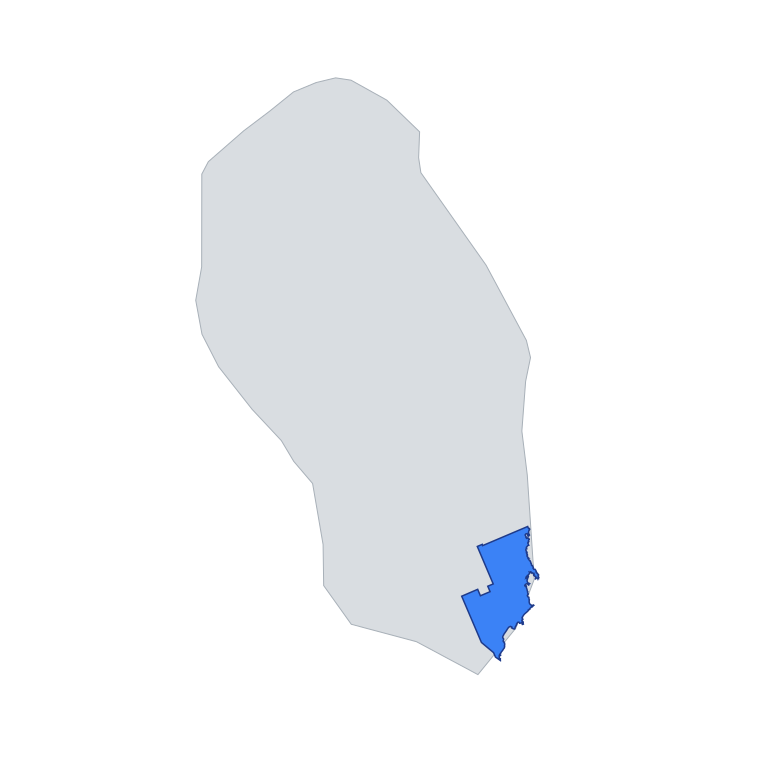 78, Madinat ach Shamal, Qatar shown in context, rotated 157°
{"feature_id": "91078587B72332727540612", "entity_name": "78", "entity_type": "district", "adm_level": 2, "iso_a3": "QAT", "parent_name": "Qatar", "parent_adm1": "Madinat ach Shamal", "projection": "albers", "projection_center": [51.051, 25.993], "detail": "fine", "context": "in_parent", "style": "filled", "palette": "blue", "viewbox_px": 768, "rotation_deg": 157, "n_neighbors": 0, "source": "geoboundaries", "source_scale": "gbopen_adm2", "svg_char_len": 6136}
<svg xmlns="http://www.w3.org/2000/svg" viewBox="0 0 768 768"><g transform="rotate(157 384 384)"><path d="M414.1,671.9L382.7,679.8L353.2,688.2L328.6,688.0L308.9,684.7L295.7,676.6L270.5,644.2L252.7,602.2L263.7,578.8L267.5,564.1L243.6,453.5L235.9,368.5L238.8,351.1L252.6,331.1L275.5,286.8L287.7,244.2L322.0,145.6L358.1,107.7L411.1,79.8L454.8,134.1L508.0,175.6L518.3,222.0L502.8,260.0L488.6,320.3L497.3,348.0L500.6,372.0L515.3,412.2L529.5,464.5L532.1,500.9L524.6,534.6L506.1,563.0L469.7,648.4L458.8,657.3L414.1,671.9Z" fill="#d9dde1" stroke="#a8b0b8" stroke-width="1"/><path d="M395.4,158.3L395.3,108.0L388.1,93.9L388.1,89.1L384.9,84.0L384.7,84.4L384.7,84.9L384.5,85.3L384.2,85.7L384.3,85.9L384.9,86.4L385.0,86.6L384.2,88.7L383.4,89.1L383.0,88.6L382.8,88.7L383.5,89.5L383.2,89.7L383.2,89.8L382.1,90.5L382.0,90.4L381.9,90.6L381.5,90.8L380.7,91.5L378.9,92.4L377.7,93.3L376.3,94.1L376.0,94.5L375.9,94.9L375.7,95.0L375.3,95.6L375.3,96.2L374.7,96.9L374.4,98.0L374.2,98.3L374.5,98.9L374.4,99.2L374.3,99.7L374.8,100.2L374.8,100.4L374.7,100.9L374.3,101.4L373.8,102.0L373.5,102.6L373.6,102.9L373.6,103.4L373.9,104.0L373.6,104.7L373.1,105.4L372.1,106.1L371.7,106.6L367.1,109.5L366.8,109.8L365.1,110.9L364.0,111.4L363.3,111.5L362.4,111.5L361.8,111.0L361.6,110.7L361.8,110.7L361.7,110.5L361.5,109.7L361.8,109.8L361.9,109.7L361.7,109.4L361.0,108.7L360.8,108.2L359.8,107.5L359.1,107.6L358.7,108.3L358.4,108.6L358.0,109.2L357.7,109.3L357.3,109.7L357.0,109.8L356.6,110.2L356.3,110.3L356.1,110.7L355.9,111.0L355.6,111.1L355.6,111.3L355.4,111.3L354.8,111.9L354.0,112.4L353.8,112.4L352.8,112.0L352.7,110.8L352.1,110.6L350.7,110.4L349.9,110.9L349.9,110.3L350.0,109.8L350.2,109.4L350.6,109.1L350.6,108.6L350.0,108.5L349.6,108.5L349.6,109.3L349.4,109.7L349.2,109.7L349.1,110.2L348.9,110.4L349.0,111.3L349.3,111.6L349.3,111.9L349.5,111.9L349.6,112.3L349.4,112.5L349.2,112.5L349.1,112.8L348.3,113.1L348.5,113.4L348.1,113.8L348.1,114.1L348.3,114.3L348.3,114.6L348.0,114.9L348.0,115.1L347.8,115.1L347.6,115.5L347.4,115.6L345.3,117.0L344.4,117.4L340.7,118.6L339.2,119.3L339.2,119.5L339.0,119.4L338.5,119.7L338.0,119.7L338.1,120.0L336.4,120.8L335.9,120.8L335.7,121.2L335.0,121.5L334.7,121.5L334.6,121.4L334.5,121.0L333.5,121.4L333.4,121.6L333.0,121.9L332.8,121.8L332.6,121.8L332.7,122.1L333.0,122.0L333.4,122.1L334.9,122.8L335.0,123.3L335.5,123.9L335.7,124.5L335.7,125.1L335.8,125.4L335.5,126.7L335.0,127.9L334.5,128.6L334.6,129.5L334.3,130.0L334.2,130.5L334.0,130.8L334.0,131.1L334.5,131.4L334.6,131.7L334.6,132.1L334.8,132.3L334.8,133.1L334.1,133.9L334.0,134.0L333.9,133.9L333.5,134.1L333.2,133.6L333.4,134.2L333.2,134.3L333.4,135.0L333.3,135.4L333.4,135.6L333.2,136.2L332.9,136.5L333.0,136.6L332.9,136.9L333.0,137.6L332.7,138.5L332.6,139.3L332.6,139.9L332.4,140.4L332.6,140.9L332.5,141.4L332.1,141.8L332.0,142.1L332.0,142.4L332.0,142.7L332.2,142.8L332.9,142.7L333.1,142.8L333.1,143.0L333.2,143.5L332.8,143.9L331.9,144.3L330.5,144.4L329.9,143.8L329.8,143.1L329.5,142.5L329.4,142.4L329.3,142.5L329.5,142.7L329.2,143.4L328.5,143.6L328.4,143.3L328.1,143.3L328.5,143.8L328.5,144.1L329.0,144.2L329.3,145.0L329.3,145.8L329.2,147.0L329.0,147.3L327.9,148.7L327.4,149.2L327.0,148.8L327.4,149.2L327.0,149.7L326.4,150.2L326.2,150.6L326.2,150.8L327.6,150.2L327.7,149.8L327.8,149.9L327.9,149.5L328.0,149.6L327.9,149.9L328.2,150.1L328.0,149.9L328.2,149.4L328.3,149.4L328.2,149.9L328.3,150.0L328.3,149.9L328.4,149.6L328.5,149.5L328.5,149.8L328.4,150.1L328.4,150.3L328.5,150.5L329.0,150.3L328.7,150.7L328.8,150.8L328.7,150.7L328.2,151.0L328.0,150.9L327.9,150.9L327.5,151.3L327.1,151.4L327.0,151.5L326.9,151.4L326.7,151.5L325.7,152.0L324.3,152.6L323.7,153.1L323.7,153.6L323.4,153.2L323.1,153.1L322.8,153.2L322.6,153.4L322.5,153.9L322.2,153.7L321.8,153.1L321.7,152.8L321.8,152.1L321.6,152.1L321.6,152.3L320.9,152.0L320.9,151.8L320.5,150.9L320.2,150.9L320.4,150.6L320.2,150.6L320.1,150.2L320.8,150.0L320.9,149.4L320.7,149.4L320.5,148.4L320.3,148.1L320.2,148.0L319.6,147.7L319.6,147.3L319.5,146.4L319.6,146.1L320.2,146.3L320.5,145.7L320.8,145.5L320.7,145.4L320.2,146.2L319.6,146.1L319.5,145.7L319.1,145.5L318.9,145.4L318.3,144.9L318.3,144.7L318.5,144.5L318.5,144.4L318.2,144.7L317.9,144.8L317.9,145.5L317.6,145.6L317.6,146.0L317.4,145.3L317.3,145.5L317.1,145.5L317.1,145.9L317.2,146.0L317.2,146.7L317.1,146.8L317.1,147.2L316.9,147.5L316.8,147.9L316.5,148.0L316.5,147.9L316.3,147.9L316.5,148.6L316.7,149.5L316.9,149.6L317.0,150.5L317.5,150.7L317.5,151.1L317.3,151.4L317.3,151.7L317.1,151.7L317.1,153.2L317.4,154.5L317.5,154.6L317.8,154.5L318.4,154.7L318.8,156.0L318.5,156.7L318.3,156.7L318.3,158.2L318.5,158.5L318.4,158.7L318.6,158.7L319.0,159.5L318.7,160.5L318.6,161.2L318.8,161.5L318.6,161.7L318.7,162.3L318.5,163.3L318.7,163.7L318.6,164.3L318.9,164.4L319.2,165.3L319.2,166.3L319.4,166.4L319.6,166.9L319.6,167.2L319.4,167.6L319.1,167.5L319.3,167.8L319.3,168.0L319.2,168.1L319.3,168.7L319.6,169.1L319.6,169.5L319.3,170.4L319.0,170.4L319.0,170.8L318.7,170.8L318.7,171.2L318.8,171.5L318.8,172.0L318.4,172.5L318.9,172.6L318.9,173.0L318.7,173.3L318.4,174.1L318.2,174.1L318.4,175.4L318.1,176.2L317.9,176.3L317.4,176.8L317.2,176.7L317.2,177.0L316.9,177.0L316.9,177.6L316.8,177.9L316.6,177.9L316.5,178.2L314.9,179.0L314.1,179.1L313.8,179.0L313.7,180.6L313.9,180.9L313.5,181.8L313.3,181.8L313.3,182.0L313.1,182.0L312.3,182.3L312.4,182.8L312.2,183.4L311.9,183.8L311.1,184.0L311.0,184.5L311.3,185.0L311.1,185.0L311.2,185.3L311.5,185.3L311.3,185.4L311.3,185.5L311.5,185.6L311.6,185.9L311.7,185.7L312.5,186.0L312.9,186.1L312.9,186.3L313.1,186.3L313.3,187.6L313.1,187.9L312.9,187.9L313.1,189.7L312.8,190.2L312.3,190.4L312.0,190.6L311.6,190.6L311.4,190.4L310.9,190.4L310.6,189.4L310.6,188.3L310.8,188.3L310.8,188.0L310.3,187.9L310.3,187.6L310.0,187.7L309.7,187.7L309.5,187.9L309.5,188.2L309.2,188.2L309.3,188.8L309.1,188.8L309.1,189.3L309.3,189.9L309.2,190.6L308.8,191.2L308.6,191.2L308.5,191.7L307.9,192.4L307.6,192.5L307.5,192.8L307.0,193.1L306.9,193.4L306.6,193.5L306.8,194.4L307.3,194.6L307.4,195.2L307.5,195.3L307.4,196.7L356.4,196.7L356.2,198.0L361.6,198.0L361.6,157.3L367.5,157.3L367.5,151.4L378.0,151.4L378.0,158.4L395.4,158.3Z" fill="#3b82f6" stroke="#1e3a8a" stroke-width="1.5"/></g></svg>